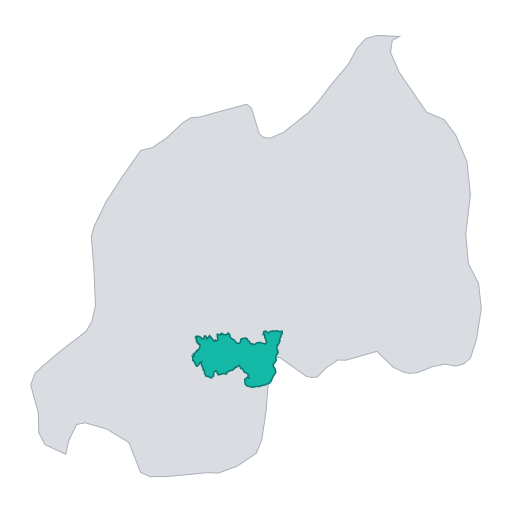 location of Nyanza, Southern, Rwanda
{"feature_id": "39286606B66592032419282", "entity_name": "Nyanza", "entity_type": "district", "adm_level": 2, "iso_a3": "RWA", "parent_name": "Rwanda", "parent_adm1": "Southern", "projection": "robinson", "projection_center": [29.757, -2.344], "detail": "fine", "context": "in_parent", "style": "filled", "palette": "teal", "viewbox_px": 512, "rotation_deg": 0, "n_neighbors": 0, "source": "geoboundaries", "source_scale": "gbopen_adm2", "svg_char_len": 6923}
<svg xmlns="http://www.w3.org/2000/svg" viewBox="0 0 512 512"><path d="M191.2,117.5L198.5,117.3L246.7,104.2L251.5,108.3L259.2,133.6L263.3,137.3L270.1,138.2L283.5,132.4L308.3,112.6L319.1,100.6L331.9,83.7L348.1,64.6L357.2,48.0L366.1,38.3L377.7,35.4L390.6,36.1L399.5,36.4L392.2,40.4L390.6,52.6L399.1,72.1L426.7,112.3L444.3,119.7L455.8,135.4L467.0,161.8L470.4,194.8L465.7,234.5L468.5,264.0L478.6,283.4L481.3,308.5L476.5,339.3L470.6,357.8L463.7,363.9L455.8,366.2L445.2,364.1L432.2,366.7L418.1,372.5L409.2,373.4L403.7,372.2L393.3,367.3L376.8,351.3L346.1,360.2L337.8,360.0L326.6,367.5L317.4,376.9L311.8,377.5L306.2,376.3L279.7,357.4L270.1,358.1L266.1,410.9L261.7,440.2L256.2,453.3L237.3,466.0L218.3,473.1L207.9,472.6L166.0,476.6L149.6,476.6L140.6,472.3L128.8,442.4L106.6,429.0L85.3,422.8L76.6,424.5L68.9,440.2L65.7,454.3L45.0,444.6L38.8,432.8L38.3,412.7L30.7,385.1L34.9,373.4L43.0,365.8L60.2,351.3L86.2,331.2L91.8,321.5L95.5,305.5L93.9,268.3L91.3,236.9L94.4,225.7L106.3,201.4L122.3,176.6L140.9,150.3L152.2,147.7L166.9,137.7L182.5,123.0L191.2,117.5Z" fill="#d9dde1" stroke="#a8b0b8" stroke-width="1"/><path d="M282.0,331.1L279.6,331.8L277.5,330.8L276.6,330.8L275.6,331.0L275.0,331.3L273.6,330.8L272.5,331.2L270.9,331.3L270.1,331.5L269.5,332.0L269.3,332.0L268.8,332.7L268.3,332.9L267.7,332.6L265.7,331.0L264.0,331.4L263.6,332.1L263.3,334.1L263.1,334.6L264.1,334.6L264.4,334.5L264.9,335.3L264.7,335.8L264.9,336.2L264.7,336.6L264.8,337.2L264.8,337.7L265.0,338.0L265.4,339.0L265.8,339.4L266.0,340.1L266.0,341.2L266.9,342.5L266.4,342.8L265.1,344.1L264.8,344.0L263.9,343.4L263.0,343.4L262.3,343.1L261.4,343.2L261.2,343.1L260.6,342.5L260.2,342.3L259.4,342.5L258.1,342.6L257.5,342.8L256.8,342.8L255.6,344.0L254.9,344.2L253.9,344.2L253.5,344.6L253.0,344.6L252.5,344.1L252.3,343.7L251.5,343.9L250.9,343.9L249.8,342.7L249.6,341.7L248.1,340.6L247.4,339.6L247.4,339.0L247.1,338.6L246.1,338.4L245.5,338.1L245.2,337.8L243.9,338.7L243.3,338.7L242.5,338.3L241.1,339.0L240.9,339.3L240.5,340.4L240.5,340.9L240.7,341.5L239.6,343.3L239.2,343.4L238.6,343.2L237.8,343.2L237.2,343.0L236.7,343.1L235.9,342.3L235.2,341.2L234.5,340.2L231.4,338.3L230.5,337.5L230.0,336.4L230.0,335.8L229.7,334.3L228.9,333.6L228.0,333.0L227.5,334.5L227.0,334.9L226.2,334.5L223.9,334.7L222.9,333.9L221.7,333.3L221.2,333.4L221.0,333.5L221.3,334.7L220.8,334.8L220.0,334.8L219.7,334.7L219.4,334.9L218.7,334.4L217.8,334.4L217.2,334.2L217.1,334.4L217.2,334.9L217.4,335.2L217.5,335.9L217.3,336.9L217.5,337.4L217.4,337.9L217.7,338.4L217.8,338.8L217.7,339.9L217.4,340.4L217.1,340.4L216.3,341.0L215.9,341.0L215.6,340.4L215.5,340.6L215.1,340.8L214.5,340.8L214.2,341.2L213.2,339.6L211.7,338.5L211.2,337.6L210.9,337.5L210.8,336.9L210.5,336.9L210.1,336.2L209.7,336.1L209.6,335.6L209.2,335.9L208.0,337.9L207.3,338.3L207.0,338.1L206.9,338.4L206.6,337.4L206.2,337.3L206.0,337.0L206.0,336.3L205.6,336.2L205.2,335.9L204.9,336.0L204.5,335.9L204.3,336.2L204.1,337.7L203.9,338.2L203.4,338.7L202.8,338.8L201.6,338.5L201.1,338.0L201.0,337.4L199.9,336.9L199.6,336.6L198.5,336.2L197.9,336.6L197.4,336.6L196.9,336.2L196.6,336.1L196.4,336.3L196.2,336.3L195.4,337.2L195.5,337.6L196.0,337.8L196.0,338.0L196.2,337.8L196.6,338.5L196.5,339.0L196.7,339.9L197.1,340.6L196.9,340.7L197.1,340.8L197.1,341.0L196.9,341.1L197.2,341.2L197.0,341.8L197.2,342.1L197.3,342.2L197.4,342.6L197.6,342.6L197.9,342.8L197.7,343.0L198.1,343.1L198.3,343.3L198.5,343.6L198.4,343.9L198.6,344.0L198.8,344.4L199.1,344.5L199.3,344.5L199.6,344.8L199.7,344.6L199.8,344.8L200.2,344.9L200.3,345.3L199.9,346.0L199.9,346.7L199.2,348.8L199.0,349.1L197.3,350.3L197.1,350.6L196.9,350.7L197.0,350.9L196.7,350.9L196.6,351.1L196.4,351.0L195.9,351.8L195.9,352.0L195.7,352.1L195.5,352.7L194.4,353.2L194.3,353.3L194.5,353.3L194.2,353.5L194.4,353.5L194.2,353.8L194.3,353.8L194.0,355.3L194.0,355.8L193.7,355.9L193.4,355.6L193.3,355.9L192.4,356.0L192.5,356.2L192.3,356.3L192.3,356.5L192.5,356.6L192.4,356.7L192.7,357.3L192.7,358.1L192.9,358.7L192.6,360.1L192.9,360.3L192.9,360.5L193.4,360.7L194.1,361.8L194.7,362.2L194.8,362.8L195.0,362.8L195.4,363.4L195.3,364.5L196.2,365.2L196.3,366.0L196.7,366.2L197.0,366.0L197.3,366.1L197.8,365.7L198.5,365.0L198.5,364.9L198.8,364.7L199.0,364.5L198.9,364.0L199.1,364.0L199.2,363.6L199.5,363.3L200.4,362.5L200.8,362.0L201.7,361.8L201.5,362.5L201.2,362.9L201.2,363.8L201.4,364.0L201.4,365.0L202.0,365.8L202.1,366.6L202.5,367.2L202.9,367.4L202.9,367.9L203.3,368.6L203.0,369.1L203.3,369.2L203.4,370.3L204.5,370.6L204.6,371.7L204.4,372.0L204.4,372.8L204.9,373.5L204.9,373.9L205.6,375.0L205.6,375.8L206.1,375.8L206.5,376.2L206.8,376.1L207.3,376.4L208.5,376.4L208.7,376.7L209.1,376.8L209.3,377.1L209.7,377.2L210.3,377.5L211.0,378.0L211.4,378.0L212.1,377.3L212.3,376.9L213.7,375.9L213.5,375.3L213.5,374.5L213.9,373.5L213.9,373.1L214.3,372.0L215.0,371.3L215.6,371.3L215.9,371.0L216.3,371.3L216.5,371.2L216.9,371.5L217.1,372.0L217.2,373.1L217.7,373.8L217.8,374.5L218.7,374.9L219.7,374.7L220.9,374.0L221.7,374.1L223.2,373.4L223.5,373.5L223.5,373.4L224.2,373.5L224.5,373.7L225.0,373.9L226.1,374.2L226.8,373.3L227.1,372.5L227.3,371.8L228.2,371.5L228.6,371.2L228.8,371.4L228.9,371.2L229.5,371.2L229.9,370.5L231.1,370.4L231.4,370.2L232.1,370.3L232.5,370.2L233.5,369.5L233.6,369.1L233.8,368.9L234.3,368.6L234.7,368.1L235.0,367.4L235.9,367.5L236.2,367.4L236.6,366.8L237.3,366.7L237.5,366.1L238.5,365.9L239.1,365.4L239.2,365.8L239.8,366.3L240.3,367.3L240.7,368.5L241.2,368.4L241.9,368.6L242.3,369.0L243.0,369.5L243.7,371.2L244.2,372.1L244.8,372.2L246.3,373.1L246.7,373.2L247.4,373.8L247.6,374.1L248.1,374.4L248.6,374.6L248.2,375.2L248.0,376.0L248.0,376.3L248.5,377.0L248.9,378.0L248.3,377.9L247.6,377.4L247.3,377.4L246.4,377.9L245.7,378.8L244.7,379.3L244.9,380.3L244.8,380.8L245.0,381.8L245.0,382.9L245.2,383.3L245.1,384.0L245.3,384.2L245.6,384.3L245.9,384.6L246.1,384.8L246.4,385.3L247.1,386.0L248.8,386.2L249.7,386.6L250.1,386.9L251.5,386.9L252.7,387.4L253.8,387.1L254.4,387.1L254.9,386.6L255.3,386.6L256.2,386.3L258.0,386.6L259.8,386.5L261.0,385.9L261.9,385.3L263.9,385.3L267.4,383.9L268.6,383.6L269.2,383.3L270.0,382.5L271.2,381.0L272.8,377.0L275.0,373.6L275.7,372.5L275.6,370.5L275.1,369.7L275.2,369.4L274.6,368.0L274.2,367.6L274.1,367.2L273.6,366.6L273.4,366.6L273.2,365.9L273.3,365.4L273.2,364.9L273.4,364.2L273.6,364.1L273.7,363.7L274.1,363.5L274.2,362.9L274.7,362.6L275.3,361.9L275.6,361.0L275.9,360.8L276.2,360.5L276.2,359.5L276.0,358.4L275.8,358.1L275.8,357.6L276.0,357.1L275.9,355.7L276.5,355.2L276.6,354.7L276.9,354.5L277.4,353.8L277.6,353.2L278.0,353.1L278.1,352.5L277.8,351.9L277.9,351.4L277.6,350.8L277.7,350.1L277.0,349.1L277.0,348.5L276.8,347.9L277.1,345.6L277.4,345.1L277.6,345.2L278.0,344.9L278.3,344.8L278.3,344.3L279.0,343.2L279.2,342.2L279.7,341.6L279.6,341.3L280.0,340.4L279.7,340.0L279.9,339.5L279.7,338.9L280.3,337.5L281.0,336.9L280.7,335.9L281.0,335.0L281.2,334.7L281.5,334.7L281.7,334.1L282.2,333.7L282.1,333.1L282.2,331.7L282.0,331.3L282.0,331.1Z" fill="#14b8a6" stroke="#0f766e" stroke-width="1.5"/></svg>